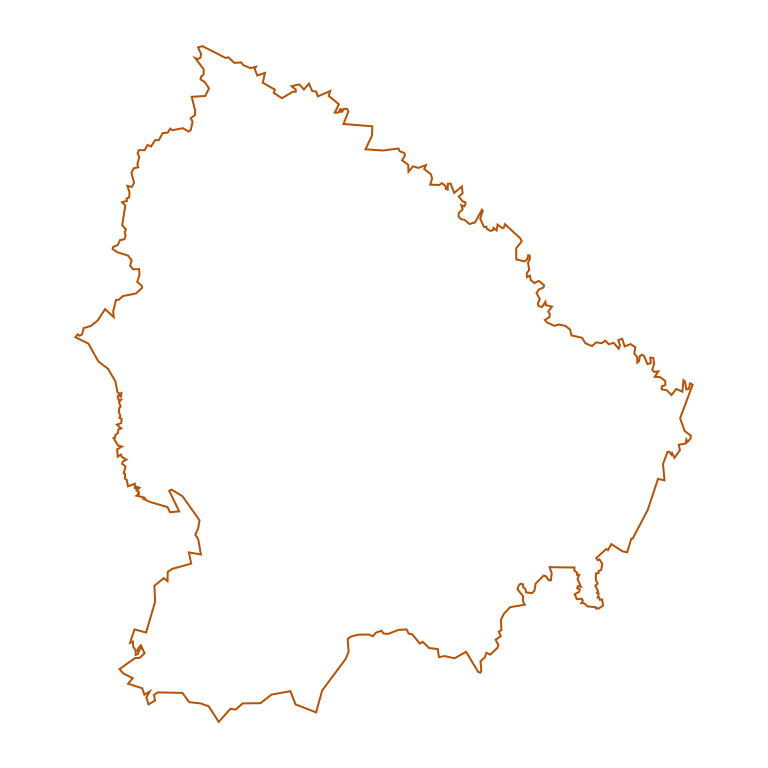 Sisonke, KwaZulu-Natal, South Africa (Equal Earth projection)
{"feature_id": "47623444B12889843225205", "entity_name": "Sisonke", "entity_type": "district", "adm_level": 2, "iso_a3": "ZAF", "parent_name": "South Africa", "parent_adm1": "KwaZulu-Natal", "projection": "equal_earth", "projection_center": [29.721, -30.084], "detail": "fine", "context": "isolated", "style": "outline", "palette": "amber", "viewbox_px": 768, "rotation_deg": 0, "n_neighbors": 0, "source": "geoboundaries", "source_scale": "gbopen_adm2", "svg_char_len": 6077}
<svg xmlns="http://www.w3.org/2000/svg" viewBox="0 0 768 768"><path d="M316.1,712.4L322.1,690.6L345.6,659.0L348.6,651.8L347.7,639.0L350.7,636.7L358.0,634.7L368.9,634.5L372.9,636.3L375.8,632.7L381.6,630.7L383.4,633.5L388.1,633.9L398.5,629.9L406.5,629.4L408.8,633.7L412.1,634.2L419.9,643.6L422.7,641.8L429.1,648.0L437.8,649.1L438.9,657.1L444.8,656.1L454.5,658.3L466.1,651.8L478.0,671.7L480.2,672.8L481.3,671.1L480.5,661.2L484.9,657.4L486.4,652.8L490.2,654.6L497.3,648.0L498.5,645.0L495.6,639.8L500.7,636.3L498.8,631.6L501.4,630.2L500.9,619.8L504.0,613.6L510.1,607.2L524.8,604.7L522.9,601.0L523.2,596.4L517.5,589.2L518.8,585.3L520.7,583.7L523.2,584.4L523.2,587.4L525.4,588.9L526.1,592.4L532.1,593.1L534.5,590.5L535.6,583.7L543.6,575.6L546.0,576.3L548.6,580.1L550.9,580.3L551.7,573.2L549.6,567.2L574.5,567.5L574.3,570.5L577.1,572.8L577.0,574.8L579.3,574.8L577.5,578.8L580.9,586.9L577.8,586.1L577.2,588.4L579.7,589.4L579.1,591.8L574.7,594.3L576.9,599.2L581.8,598.8L582.8,600.4L581.3,603.2L583.8,603.1L587.7,606.4L595.6,607.2L596.1,609.3L596.3,607.7L598.5,608.7L603.1,605.5L602.1,599.5L599.9,599.8L599.2,597.4L597.8,597.6L598.7,593.5L596.9,592.8L598.0,591.2L595.3,585.6L597.6,583.7L595.8,580.0L596.0,573.4L598.5,573.2L598.7,570.9L601.1,570.1L602.3,563.8L599.4,559.4L597.7,560.1L596.2,558.1L606.3,549.0L607.9,550.2L611.3,544.1L622.6,551.4L627.2,552.3L631.3,538.6L632.7,538.6L647.7,510.0L658.0,478.9L664.5,480.3L663.0,464.0L667.5,452.0L669.3,451.7L671.4,454.6L672.0,453.1L674.5,457.8L679.9,450.2L678.8,444.7L685.7,443.6L686.4,439.5L687.7,441.8L690.6,438.4L690.8,435.6L684.7,431.0L680.1,418.3L692.6,384.7L690.1,383.3L688.8,388.8L686.4,389.5L685.1,381.7L683.5,380.2L682.4,391.7L676.2,389.0L671.5,395.0L666.8,390.3L661.6,389.3L661.8,386.3L665.3,385.1L665.3,381.0L660.1,377.1L654.8,376.8L658.3,371.4L654.0,371.9L652.3,369.8L654.1,363.7L653.3,357.9L650.3,357.6L650.8,363.1L647.5,364.1L644.1,356.1L641.8,354.7L639.7,356.2L639.2,361.0L637.3,362.6L637.1,356.8L634.3,353.7L635.3,347.2L630.6,344.1L624.7,346.4L622.1,338.7L618.3,340.3L620.0,345.0L618.7,348.7L613.6,342.8L608.8,344.3L605.2,340.6L601.9,343.2L596.0,342.4L592.1,346.1L585.3,343.2L582.1,337.8L571.5,335.4L570.1,329.6L565.4,325.9L558.7,324.5L554.5,325.8L547.1,322.6L544.9,319.9L549.5,317.1L549.8,314.1L548.3,311.5L551.9,306.6L545.8,305.1L545.4,301.8L542.0,307.0L538.6,306.1L537.8,303.5L539.8,298.9L536.5,293.1L538.9,289.5L543.5,287.5L544.1,285.2L538.8,280.9L534.3,283.1L530.8,280.1L529.9,275.7L526.9,277.1L526.8,273.0L529.2,270.1L528.0,262.7L530.0,258.4L529.5,255.4L528.2,255.2L527.2,259.3L524.4,261.4L516.3,259.4L516.2,248.3L521.8,241.2L520.2,238.3L505.0,224.2L504.0,227.5L502.3,228.2L497.6,224.6L496.6,230.4L493.5,227.9L492.9,230.2L490.5,230.9L486.9,228.9L486.3,226.8L484.0,227.1L480.2,218.5L482.8,210.8L481.9,209.7L475.1,222.4L469.4,224.0L464.8,219.9L460.9,219.1L458.6,216.7L458.7,213.0L462.6,209.4L461.3,205.1L464.1,206.5L465.5,204.1L465.4,202.3L462.7,201.4L458.8,196.5L462.6,193.2L461.9,186.4L454.2,192.9L450.6,183.5L447.8,183.9L447.7,189.6L445.8,189.0L445.7,186.3L441.9,183.1L439.4,185.0L430.2,184.6L432.1,178.5L430.8,174.1L424.3,169.1L425.9,165.1L418.4,167.9L413.1,166.3L408.5,171.7L408.2,164.8L402.1,160.3L405.0,155.4L404.4,153.1L399.6,151.2L398.5,148.5L382.8,150.5L365.5,149.3L372.0,135.6L372.3,126.3L343.5,124.0L348.4,111.4L347.1,109.0L343.5,108.8L342.4,111.6L341.0,111.8L341.6,109.5L340.3,109.1L338.4,112.6L334.8,112.6L338.9,104.3L328.7,95.9L330.2,91.0L317.8,96.4L316.2,91.6L312.1,91.0L309.0,83.6L303.9,89.5L299.6,84.6L297.1,84.8L291.6,86.2L295.7,89.4L295.7,91.8L293.1,91.6L281.9,98.2L273.8,92.9L274.8,89.6L262.8,82.7L265.0,72.9L257.3,75.5L254.7,68.9L256.0,66.8L250.4,68.1L243.4,65.2L241.1,62.4L234.4,62.9L228.3,57.3L225.7,58.0L202.4,46.1L198.0,47.4L201.1,53.9L200.5,57.6L197.9,59.1L195.2,58.0L203.7,69.3L203.6,74.5L201.1,76.6L200.5,79.4L204.5,81.8L209.0,88.3L205.2,96.0L191.7,96.8L195.2,110.8L194.9,115.2L190.7,118.1L192.6,121.7L190.7,130.1L188.6,131.6L182.9,128.2L172.4,130.2L170.1,128.6L167.8,132.6L162.7,133.1L158.7,140.2L155.0,140.2L151.1,146.5L147.5,145.0L144.7,150.2L138.9,150.1L137.6,153.4L139.3,156.9L137.4,164.3L138.1,167.3L133.7,168.3L131.4,172.8L134.1,182.8L131.8,187.0L127.4,185.9L129.5,192.4L129.2,197.4L126.5,198.6L126.9,200.9L122.1,202.2L125.3,205.6L122.2,225.2L126.0,229.5L124.7,231.9L125.6,235.8L124.4,239.2L119.9,240.2L117.9,244.9L113.0,247.1L112.6,249.0L117.2,252.2L128.1,255.6L131.6,260.3L130.1,265.7L133.1,269.3L139.1,269.1L139.5,274.6L137.2,282.0L141.6,285.5L142.1,287.8L136.0,293.5L123.1,296.0L118.6,299.8L116.0,299.9L113.2,311.5L113.7,317.1L105.1,309.1L97.9,320.2L91.0,325.9L83.7,328.1L82.0,334.5L79.5,335.7L77.8,334.3L75.4,337.2L88.4,343.6L98.4,361.5L108.0,368.8L115.4,381.3L117.4,392.0L119.7,393.8L121.4,393.0L120.8,396.8L118.6,395.0L117.6,396.9L118.7,399.8L121.0,399.8L118.9,402.0L120.7,406.5L119.2,407.9L119.0,412.5L120.4,415.8L119.4,417.9L121.6,418.7L121.3,423.1L116.9,424.6L121.2,428.4L118.4,429.4L118.0,432.9L115.3,435.1L115.3,437.5L113.5,438.0L118.1,445.6L121.9,446.6L117.1,449.4L117.8,456.7L120.9,454.6L121.7,456.8L126.4,459.7L122.9,461.4L122.1,463.8L125.5,466.5L123.7,473.4L125.1,473.9L124.9,478.6L126.7,479.7L128.0,486.3L134.8,483.7L134.8,488.3L136.8,488.4L136.4,486.7L139.5,487.7L136.6,490.5L138.8,491.8L138.1,493.8L139.7,493.6L136.6,495.7L144.5,497.6L145.1,498.7L143.8,499.1L150.5,502.1L167.5,507.1L170.0,512.2L179.2,511.4L169.2,490.8L171.5,489.6L182.4,496.2L199.5,520.2L198.2,528.3L195.3,534.8L198.2,539.2L200.9,554.5L188.9,552.4L191.2,563.6L172.2,568.9L167.7,572.0L167.5,581.1L163.7,578.2L154.4,585.8L155.1,601.8L146.1,632.5L134.5,629.4L130.1,642.8L132.9,641.6L133.3,647.1L135.7,650.4L135.6,654.8L137.7,654.3L139.3,650.4L137.8,650.8L137.7,649.3L139.1,647.4L141.0,648.4L140.0,646.2L140.9,645.3L144.6,653.3L139.6,657.9L135.0,658.1L119.5,669.1L123.2,673.4L132.7,678.1L128.1,683.7L142.2,688.3L144.4,694.7L149.7,691.5L146.4,697.3L148.5,704.4L155.1,700.5L153.9,694.9L157.9,692.4L182.4,692.9L189.3,702.2L200.5,703.4L208.7,706.3L218.7,721.9L230.3,708.9L235.8,709.5L242.6,703.4L260.5,703.2L271.5,694.6L290.4,691.2L295.5,704.4L316.1,712.4Z" fill="none" stroke="#b45309" stroke-width="2"/></svg>